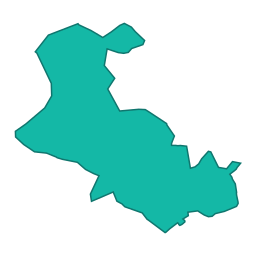 Igbo-Eze-South, Enugu, Nigeria
{"feature_id": "59680162B63088628372837", "entity_name": "Igbo-Eze-South", "entity_type": "district", "adm_level": 2, "iso_a3": "NGA", "parent_name": "Nigeria", "parent_adm1": "Enugu", "projection": "albers", "projection_center": [7.412, 6.949], "detail": "fine", "context": "isolated", "style": "filled", "palette": "teal", "viewbox_px": 256, "rotation_deg": 0, "n_neighbors": 0, "source": "geoboundaries", "source_scale": "gbopen_adm2", "svg_char_len": 1450}
<svg xmlns="http://www.w3.org/2000/svg" viewBox="0 0 256 256"><path d="M240.6,163.2L232.5,161.6L226.6,168.8L218.5,167.4L210.8,151.9L208.4,151.3L201.6,158.9L198.7,163.9L195.0,166.9L190.4,168.2L186.6,146.2L182.1,145.7L180.3,145.5L177.8,145.7L175.6,145.4L171.6,145.4L171.5,143.7L172.2,141.6L174.4,136.0L167.0,125.2L166.6,123.6L149.4,112.2L145.3,109.6L138.8,109.3L119.7,111.0L107.7,89.0L114.7,78.3L104.3,65.6L107.1,48.9L118.3,52.6L123.7,53.3L128.3,52.4L131.7,48.5L142.9,44.6L144.6,40.5L135.3,31.7L131.4,27.1L124.3,23.4L119.8,25.4L111.3,31.9L102.8,37.5L91.3,30.7L78.8,24.8L78.0,23.7L48.4,35.1L35.3,51.8L36.9,53.1L51.3,83.3L51.7,95.7L51.7,95.9L44.7,108.0L25.7,124.1L15.4,131.3L15.6,137.0L23.7,144.5L34.5,151.8L46.5,153.1L56.4,157.1L57.1,157.7L62.4,159.3L77.4,162.3L85.5,169.4L93.7,173.6L99.0,175.7L90.4,194.1L91.5,201.3L113.2,192.0L116.9,201.2L122.0,203.9L123.6,205.6L124.2,206.1L124.9,206.8L142.2,212.9L147.1,219.3L148.4,220.1L165.1,232.6L165.8,232.3L169.8,228.7L177.6,222.8L178.3,223.4L178.9,224.6L179.8,225.4L181.8,224.5L183.3,223.3L184.0,222.6L184.8,222.0L184.9,221.1L184.5,220.4L182.9,219.0L188.3,215.7L187.9,212.2L197.7,210.9L204.2,215.0L208.4,216.7L212.1,216.3L215.2,213.7L215.3,213.6L224.4,211.4L236.5,206.4L238.1,203.5L238.0,201.9L236.6,195.2L236.4,192.6L236.6,192.4L235.3,183.9L232.9,179.9L232.4,179.0L231.9,177.2L229.8,174.2L234.2,170.9L236.2,169.2L237.2,167.3L238.7,165.6L240.6,163.2Z" fill="#14b8a6" stroke="#0f766e" stroke-width="1.5"/></svg>